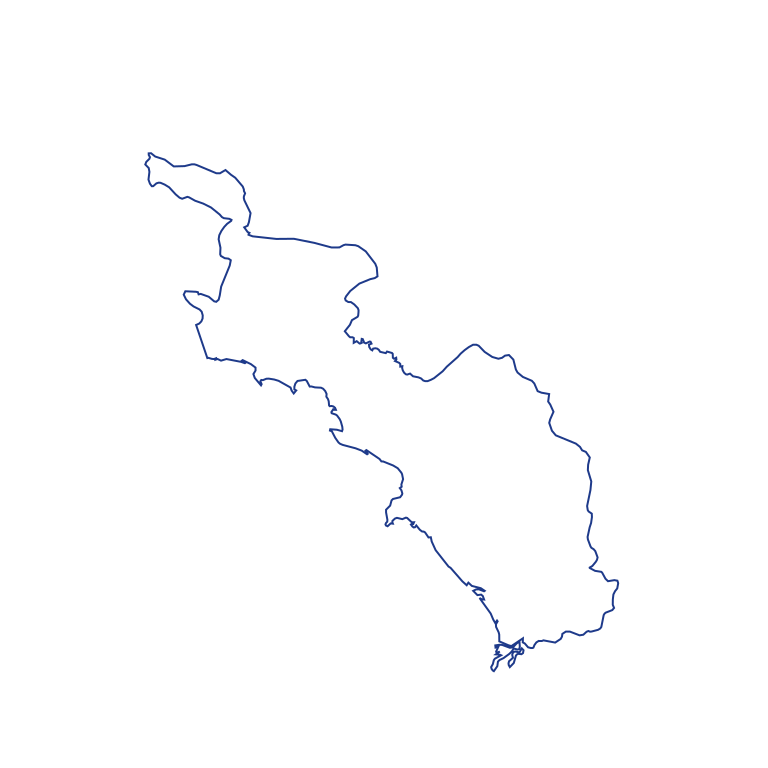 an SVG outline of Chocó, rotated 324°
{"feature_id": "COL-1415", "entity_name": "Chocó", "entity_type": "Department", "adm_level": 1, "iso_a3": "COL", "parent_name": "Colombia", "parent_adm1": "", "projection": "albers", "projection_center": [-77.125, 6.337], "detail": "fine", "context": "isolated", "style": "outline", "palette": "blue", "viewbox_px": 768, "rotation_deg": 324, "n_neighbors": 0, "source": "natural_earth", "source_scale": "10m", "svg_char_len": 6142}
<svg xmlns="http://www.w3.org/2000/svg" viewBox="0 0 768 768"><g transform="rotate(324 384 384)"><path d="M313.6,80.2L318.9,74.5L320.6,71.0L319.9,66.1L322.2,64.6L326.6,63.9L328.0,62.9L328.3,60.4L329.2,59.1L331.2,60.4L332.6,65.5L338.5,73.6L341.8,84.4L350.7,90.5L357.6,93.3L359.7,94.8L361.1,96.6L372.2,114.9L375.1,117.1L381.5,117.7L383.2,124.8L384.9,129.7L385.8,141.2L385.0,144.2L384.1,145.6L383.7,148.1L381.0,149.8L379.9,151.1L379.0,153.3L376.5,167.3L369.8,173.7L366.7,175.8L363.0,175.1L363.0,180.8L363.9,182.6L363.1,182.7L362.1,183.6L364.5,187.3L382.1,203.3L396.4,213.5L410.7,229.0L421.8,242.7L428.2,247.3L432.9,247.9L434.8,248.6L442.4,254.9L444.2,257.4L447.2,266.0L447.6,281.6L446.6,285.5L442.0,293.1L438.8,292.9L434.5,291.1L423.1,288.3L411.4,288.9L404.8,290.8L402.7,292.0L402.1,293.9L403.3,296.7L405.4,298.3L406.7,302.1L407.4,307.3L406.8,309.3L405.5,311.0L403.3,313.5L402.1,314.1L395.6,313.5L391.2,316.1L383.3,318.3L383.7,324.8L384.1,326.3L386.1,327.8L386.6,329.1L383.7,332.9L387.1,333.3L388.0,336.9L388.9,337.4L390.3,337.6L390.2,336.8L392.5,334.4L393.2,335.2L392.3,338.9L393.2,340.5L397.3,341.2L398.0,341.9L397.6,344.0L395.0,343.3L393.8,345.4L393.6,348.2L394.3,349.9L396.0,349.0L398.0,350.0L399.3,351.4L399.9,353.3L399.8,355.7L403.6,360.1L405.5,359.5L408.7,363.6L408.8,364.7L406.6,368.0L407.0,369.5L409.3,369.9L408.4,371.5L406.4,371.9L408.7,375.8L408.9,377.4L407.4,379.5L409.3,380.4L408.1,381.7L407.2,384.0L406.9,386.7L407.4,389.0L408.3,390.0L411.2,390.9L412.0,394.8L415.8,398.9L417.3,401.4L417.8,404.2L419.0,405.9L420.9,407.3L424.5,408.2L427.9,408.7L438.9,408.2L445.0,406.9L459.4,405.5L463.8,404.5L469.2,404.0L474.4,404.0L479.2,404.6L481.8,406.5L483.1,408.7L484.3,417.2L487.5,425.8L491.4,430.8L494.9,432.2L498.6,432.2L502.1,434.0L503.0,440.3L499.2,449.8L498.8,453.2L500.5,459.9L505.5,468.3L505.9,471.9L504.1,480.1L506.3,483.6L511.7,489.2L506.5,494.7L506.4,498.4L504.8,506.1L497.6,510.3L494.8,512.6L492.4,520.5L492.8,526.5L504.2,545.0L505.6,550.1L505.3,554.1L507.4,557.6L507.3,564.4L501.7,569.3L498.3,573.5L494.4,584.7L488.7,591.1L476.6,602.1L474.7,605.8L474.6,607.4L475.9,611.0L474.0,613.9L469.8,618.2L466.2,620.8L458.8,627.4L457.6,629.6L455.6,636.8L455.5,638.4L456.5,640.9L456.7,643.4L454.9,649.8L453.0,651.4L451.0,652.3L445.6,653.7L442.5,653.4L442.3,653.8L444.9,659.2L449.4,663.7L449.6,664.9L448.7,671.7L449.3,675.2L455.1,678.1L457.2,680.3L456.7,682.0L456.3,682.9L452.5,686.5L449.2,687.4L445.9,689.1L442.5,692.8L439.3,697.1L438.5,700.4L435.8,701.1L429.0,699.3L427.5,699.4L425.9,700.1L417.0,708.3L415.2,708.9L412.7,708.7L406.5,706.3L405.1,705.5L404.2,704.0L402.3,703.5L397.9,704.0L394.5,702.3L388.8,693.5L385.6,691.2L381.4,691.0L379.5,693.0L377.1,694.1L370.5,693.8L362.3,685.1L360.6,684.7L358.1,682.8L355.4,682.6L352.3,683.6L349.9,685.1L349.0,684.9L347.7,684.0L345.8,681.7L345.4,676.7L344.4,674.6L346.9,671.4L333.0,670.9L331.1,668.5L326.0,660.0L329.9,654.5L330.8,652.3L331.9,646.4L333.3,644.2L336.4,642.8L336.4,641.8L333.5,642.8L333.9,638.9L335.4,632.4L335.5,613.3L336.5,615.6L338.3,617.2L339.3,613.6L338.8,611.5L335.5,609.7L334.6,603.8L337.7,604.3L340.1,605.9L343.1,610.5L343.9,610.5L342.3,606.1L336.4,599.0L335.5,594.3L332.6,595.4L331.4,589.7L329.8,571.9L328.9,569.6L328.1,548.8L330.0,539.5L331.8,535.5L329.8,534.3L330.0,528.2L329.4,526.8L328.1,525.7L327.3,523.0L327.0,517.4L324.9,518.1L323.7,517.5L323.2,515.9L323.2,513.5L324.1,513.5L325.3,514.5L327.0,513.5L325.6,512.6L325.0,511.4L324.0,506.0L323.2,505.0L319.4,504.1L315.8,499.9L313.8,499.3L310.4,499.7L309.5,500.7L309.1,502.2L307.4,500.7L303.3,501.2L302.4,499.6L302.7,498.4L304.0,497.6L305.7,497.3L306.9,495.9L310.2,489.1L311.8,486.9L317.5,486.0L321.7,482.6L323.7,482.3L330.5,485.1L333.6,484.1L334.5,483.3L335.6,480.3L335.6,477.5L337.9,477.5L339.0,475.5L343.5,472.2L345.6,467.6L345.9,466.0L345.6,460.2L343.5,455.3L337.8,446.2L336.4,445.1L336.3,442.0L330.9,427.1L329.8,427.1L329.8,430.9L329.0,430.9L326.8,424.8L323.2,419.3L314.8,409.0L313.3,406.5L312.8,404.5L312.9,399.0L314.0,391.6L312.9,389.9L313.9,389.0L319.0,393.3L322.3,397.5L323.7,396.5L325.1,394.1L327.0,389.0L327.5,386.4L327.5,381.9L327.0,380.4L324.5,376.9L324.9,375.8L328.1,374.6L328.4,375.5L329.9,376.6L330.4,374.5L329.9,372.5L328.7,371.0L327.0,370.0L327.0,369.0L329.1,365.5L329.8,363.3L329.9,360.4L331.7,358.3L332.3,355.2L332.0,352.1L330.9,350.0L326.2,346.2L323.8,343.3L322.4,342.4L323.3,336.2L322.9,334.4L315.8,330.7L312.6,331.5L309.9,333.5L308.3,335.7L309.2,337.6L305.4,338.6L305.4,335.1L306.3,331.9L300.6,319.5L297.8,315.8L293.9,311.9L291.9,310.6L288.3,309.7L287.1,308.6L285.6,309.1L284.9,312.2L283.7,312.8L283.0,303.2L284.2,299.2L288.0,297.6L289.7,295.2L288.0,289.7L283.7,281.6L282.8,281.6L284.7,284.3L284.7,285.4L283.7,285.4L281.4,282.1L271.2,271.2L265.9,269.3L264.0,265.9L262.0,265.3L263.0,264.4L261.2,263.9L259.6,262.6L257.3,259.6L256.3,259.2L266.7,225.8L270.0,226.5L273.0,226.0L275.7,224.4L277.7,221.9L279.0,218.3L278.6,215.3L275.5,209.3L274.2,205.0L273.6,199.1L274.5,194.0L277.8,192.2L286.0,198.8L287.4,200.3L286.7,202.5L288.7,203.4L293.5,210.4L295.2,217.3L296.6,218.9L299.8,218.6L303.2,215.8L309.5,209.5L328.8,197.5L332.8,193.8L331.9,191.2L329.1,188.6L327.3,184.5L327.7,182.8L331.8,177.6L335.3,169.7L338.2,166.8L342.4,164.6L347.1,163.0L351.2,162.2L356.3,162.2L357.1,161.6L356.0,159.5L351.9,155.7L351.0,153.7L350.7,150.3L347.8,139.5L343.8,131.8L338.9,124.7L336.0,118.4L334.9,117.0L329.6,115.5L328.1,113.1L326.9,108.1L325.8,98.6L323.8,93.8L321.5,89.9L320.1,88.7L317.8,87.9L313.6,88.3L312.4,87.5L312.4,84.3L313.6,80.2ZM330.8,671.4L333.6,672.8L339.3,671.8L342.0,672.3L339.5,676.3L337.7,678.0L335.9,677.3L333.5,674.2L330.1,675.5L326.8,676.0L319.5,676.0L315.1,675.2L313.0,675.6L309.8,678.9L304.1,680.9L303.6,679.7L303.6,677.8L304.3,676.0L307.4,674.6L310.5,672.0L312.2,671.4L319.3,672.3L318.7,671.2L315.6,668.5L320.4,668.5L317.1,667.7L317.4,666.4L322.2,663.7L319.3,662.8L320.4,660.9L324.1,662.8L326.2,664.5L330.8,671.4ZM319.4,687.0L319.7,684.7L320.6,683.1L322.2,681.8L327.4,681.3L328.5,678.5L329.8,677.5L331.5,677.0L333.0,677.6L335.4,680.3L336.3,680.6L340.1,678.9L340.4,681.4L338.3,683.4L336.4,683.4L334.2,681.3L332.9,680.9L331.2,681.2L325.0,686.0L319.4,687.0Z" fill="none" stroke="#1e3a8a" stroke-width="2"/></g></svg>